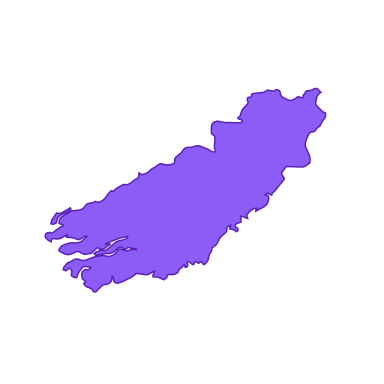 the border of Khulna, rotated 72°
{"feature_id": "BGD-2432", "entity_name": "Khulna", "entity_type": "Division", "adm_level": 1, "iso_a3": "BGD", "parent_name": "Bangladesh", "parent_adm1": "", "projection": "robinson", "projection_center": [89.364, 22.917], "detail": "fine", "context": "isolated", "style": "filled", "palette": "violet", "viewbox_px": 384, "rotation_deg": 72, "n_neighbors": 0, "source": "natural_earth", "source_scale": "10m", "svg_char_len": 6100}
<svg xmlns="http://www.w3.org/2000/svg" viewBox="0 0 384 384"><g transform="rotate(72 192 192)"><path d="M171.1,286.8L173.0,284.3L172.8,281.4L172.2,279.0L171.3,277.0L166.8,270.6L165.8,268.0L167.3,266.9L165.6,263.7L165.0,262.3L163.8,255.8L163.8,254.7L164.1,253.4L164.9,251.8L165.1,250.9L164.7,248.1L162.8,243.3L161.9,238.9L160.6,237.8L157.4,236.4L159.7,234.8L160.3,232.0L159.9,228.7L158.9,225.7L157.6,223.1L156.8,218.9L155.6,215.4L155.3,213.2L156.1,211.6L158.3,208.2L159.2,204.3L159.4,201.9L159.1,200.3L157.9,199.1L155.0,198.1L153.8,196.5L151.6,190.8L150.5,188.9L148.6,186.3L148.2,184.9L148.2,182.5L149.2,179.1L149.5,172.9L150.9,169.9L156.5,163.4L159.3,161.0L160.2,159.8L160.8,158.6L160.8,157.6L160.2,157.0L157.3,157.1L156.4,156.9L148.3,153.7L146.5,153.3L145.1,153.5L143.5,154.9L142.7,155.3L141.6,155.3L134.8,152.9L133.4,151.6L132.4,149.3L132.3,146.6L133.3,144.3L135.8,140.0L140.8,125.7L141.1,123.1L139.7,121.9L138.3,123.0L137.1,125.0L135.8,125.6L134.3,122.3L133.1,121.8L130.1,119.5L128.4,117.5L125.9,112.8L124.4,111.0L123.6,110.9L121.5,111.1L120.5,110.6L119.4,109.5L119.4,108.7L119.7,107.7L119.9,106.2L119.4,105.8L118.3,105.6L117.4,105.0L117.2,103.7L119.4,92.7L119.3,91.6L118.5,89.8L118.5,88.6L119.1,87.3L120.6,84.8L121.1,83.4L121.1,82.3L120.8,80.1L121.1,79.0L122.8,77.5L124.8,77.4L127.0,77.6L129.0,77.2L130.4,76.0L134.3,71.9L135.3,70.5L135.6,68.4L135.3,65.8L134.7,63.5L134.0,62.1L135.3,59.7L136.5,58.0L136.5,56.9L134.0,56.2L133.6,54.7L131.7,52.9L131.2,51.6L132.0,47.9L132.1,46.5L131.6,44.1L131.6,42.9L132.2,41.4L133.2,40.4L137.1,38.6L137.2,39.5L137.6,40.5L139.2,43.1L139.9,43.7L142.4,45.1L144.8,46.8L146.8,47.1L148.7,46.7L155.4,43.3L156.8,42.3L157.8,40.8L158.9,40.8L160.8,41.4L162.6,42.7L165.0,46.1L168.8,50.0L169.7,53.0L171.8,55.8L172.2,56.9L172.2,58.2L171.8,60.9L172.1,61.9L173.1,63.2L177.1,66.8L179.3,68.4L181.5,69.5L184.4,70.1L193.0,69.1L195.8,69.3L198.4,69.9L200.8,71.1L202.3,75.8L202.5,76.8L202.4,79.2L197.0,94.1L197.3,95.2L201.6,101.0L204.6,100.8L206.3,100.3L207.6,100.1L208.7,100.7L214.9,110.5L216.2,112.1L216.8,113.3L217.9,116.1L219.0,116.7L219.6,117.2L218.6,118.4L216.6,120.0L216.5,121.8L217.2,123.3L218.9,120.7L221.9,121.0L225.1,122.9L227.1,125.0L228.1,127.4L230.0,137.3L228.7,136.7L227.9,135.6L227.1,135.6L227.0,139.4L228.6,144.0L231.2,147.3L234.3,147.2L233.1,149.0L231.1,151.2L230.2,153.0L235.7,154.6L235.9,156.7L235.6,159.2L237.1,161.3L238.4,161.5L240.3,160.0L241.5,159.7L242.9,160.3L243.5,161.4L243.2,162.5L241.9,163.0L241.2,163.5L239.6,165.9L238.8,167.6L237.8,167.2L235.7,165.4L235.6,166.7L236.1,168.7L236.6,169.5L237.5,170.3L239.2,170.7L240.1,171.2L241.1,172.8L243.6,178.6L245.3,180.7L248.6,184.0L250.0,186.0L251.0,189.3L251.5,190.2L254.3,191.8L257.2,195.2L261.5,197.6L263.0,199.2L264.9,202.8L263.5,204.0L262.1,204.0L261.8,204.3L261.0,206.2L261.8,207.2L261.8,207.6L261.6,208.1L260.0,209.0L259.7,209.8L259.8,211.4L260.1,211.8L261.0,212.4L261.5,212.9L261.4,213.4L261.0,214.0L257.8,216.2L256.9,217.4L256.9,218.0L257.5,218.4L260.2,218.7L261.1,219.0L261.6,219.9L261.7,220.7L261.5,221.6L261.2,221.9L260.8,221.9L259.8,221.5L259.2,221.5L258.6,222.0L258.7,222.5L260.5,224.6L261.7,228.3L263.4,229.6L264.0,230.2L264.3,231.0L264.8,232.8L264.7,235.5L263.5,239.1L263.3,240.2L263.4,240.8L263.8,241.3L265.5,242.3L265.9,243.1L266.8,245.8L263.5,249.5L262.0,251.4L261.5,253.3L260.6,255.3L258.8,254.7L255.7,252.0L255.9,254.6L256.9,258.7L256.5,261.2L252.2,270.2L253.4,272.8L254.5,277.0L255.7,285.2L255.9,289.3L255.6,291.4L254.7,292.9L253.0,294.0L251.4,293.8L249.8,293.3L247.9,293.3L247.9,294.2L250.1,295.2L251.9,296.5L253.1,298.4L253.6,301.2L252.9,304.5L253.0,305.8L253.4,306.9L254.8,309.3L255.6,311.6L256.7,312.9L257.2,314.5L256.5,316.4L253.5,317.2L250.8,319.8L249.6,321.6L246.7,323.1L245.6,323.2L245.2,322.7L244.6,320.9L243.3,321.3L241.8,322.4L240.4,323.1L238.7,322.9L236.8,322.5L235.0,321.7L233.7,320.6L232.9,318.4L232.8,317.1L233.9,315.0L233.7,313.8L232.2,311.5L229.3,318.1L230.5,320.4L232.5,323.4L234.8,326.0L236.9,327.2L237.8,328.4L236.7,330.7L234.4,332.5L231.9,331.7L230.6,330.9L229.5,330.8L226.9,331.4L226.6,332.1L228.0,336.3L226.0,338.5L223.8,337.0L220.8,332.1L221.0,330.0L219.8,325.0L220.1,322.2L220.9,320.7L222.8,318.3L223.6,316.4L224.0,314.4L223.5,305.7L224.3,298.7L224.9,296.2L227.4,291.5L227.9,288.8L227.6,286.3L226.7,283.7L225.4,281.5L224.0,279.7L223.9,278.0L227.1,273.5L227.9,271.5L228.0,268.9L228.4,266.4L229.1,264.1L230.1,262.0L228.9,262.9L228.0,264.4L226.5,267.7L225.3,269.1L224.9,270.1L225.9,272.9L225.3,273.9L223.3,275.6L222.0,277.7L222.1,279.3L224.3,283.4L224.9,284.9L225.1,286.1L225.2,288.8L224.9,290.3L223.9,292.6L222.8,301.4L222.3,303.2L220.3,304.3L219.5,302.4L219.3,297.1L219.6,295.8L220.7,293.3L220.8,291.7L216.1,279.8L215.8,277.3L216.3,271.9L216.2,269.5L215.1,266.9L214.4,266.9L213.5,274.9L214.4,290.1L215.2,290.1L215.2,288.4L215.7,286.8L216.3,286.0L216.6,286.3L217.1,288.8L217.6,290.3L218.8,292.7L218.7,294.5L217.9,297.5L217.3,298.0L216.1,298.3L215.8,298.7L215.9,299.6L216.6,300.8L217.0,302.1L218.2,305.1L219.0,306.2L219.2,307.0L218.2,313.4L217.1,314.8L214.4,317.3L213.2,319.4L213.1,321.1L213.7,326.0L213.4,328.8L212.4,331.1L210.9,333.0L207.2,336.5L206.0,336.6L203.3,333.4L202.8,331.6L202.6,328.5L202.9,323.1L203.5,320.9L204.9,317.2L205.1,314.4L204.7,311.9L202.7,307.9L202.3,305.8L201.5,305.8L200.9,307.6L201.2,309.2L201.8,310.7L202.3,312.4L202.3,314.3L201.9,315.4L199.1,318.8L198.4,320.0L196.2,325.4L195.7,325.5L195.1,323.9L194.4,323.9L194.5,326.9L195.5,331.6L195.1,334.6L193.3,338.7L193.6,340.1L195.8,341.2L194.6,342.7L192.8,344.1L190.7,345.1L188.7,345.4L186.7,344.1L186.1,341.9L186.5,339.7L187.6,338.8L187.8,337.5L184.6,327.6L184.4,325.2L183.9,324.7L183.0,325.3L182.0,326.5L181.5,327.6L180.9,328.1L179.5,327.7L177.3,326.4L176.2,325.4L175.7,324.6L173.2,314.8L172.9,312.8L173.2,310.3L174.3,305.3L174.4,302.4L173.6,299.9L171.3,296.5L170.8,294.6L171.5,289.1L171.1,286.8ZM174.5,327.3L179.3,330.6L179.9,333.9L178.6,336.0L175.5,334.2L170.2,327.4L170.2,326.9L170.8,326.2L171.5,323.9L171.5,321.6L170.4,317.6L170.2,315.7L169.5,313.6L169.6,312.5L170.8,312.4L171.2,312.7L171.9,314.0L172.3,315.7L173.3,323.8L174.5,327.3Z" fill="#8b5cf6" stroke="#5b21b6" stroke-width="1.5"/></g></svg>